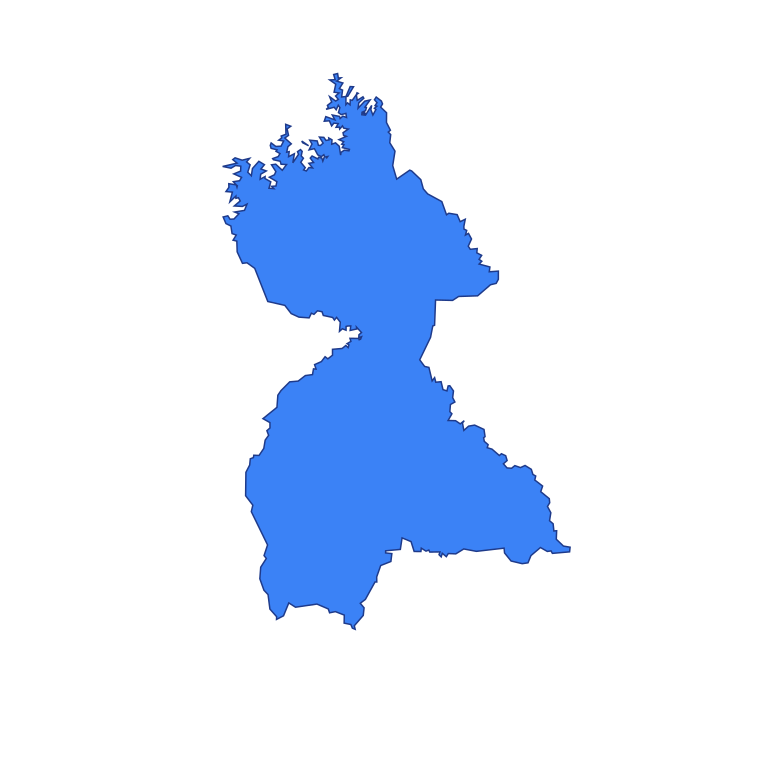 Ponta Porã, Mato Grosso do Sul, Brazil (orthographic projection), rotated 26°
{"feature_id": "56859067B33794589562387", "entity_name": "Ponta Porã", "entity_type": "district", "adm_level": 2, "iso_a3": "BRA", "parent_name": "Brazil", "parent_adm1": "Mato Grosso do Sul", "projection": "orthographic", "projection_center": [-55.695, -22.2], "detail": "fine", "context": "isolated", "style": "filled", "palette": "blue", "viewbox_px": 768, "rotation_deg": 26, "n_neighbors": 0, "source": "geoboundaries", "source_scale": "gbopen_adm2", "svg_char_len": 6177}
<svg xmlns="http://www.w3.org/2000/svg" viewBox="0 0 768 768"><g transform="rotate(26 384 384)"><path d="M341.3,354.1L333.4,357.9L335.6,360.2L333.1,363.9L335.3,364.2L335.8,367.0L332.8,366.1L330.8,370.4L322.5,375.4L325.1,380.7L322.5,386.0L319.1,385.3L317.9,391.3L313.1,397.0L316.4,400.4L314.0,401.3L315.6,406.9L309.6,410.9L305.6,419.0L298.3,423.4L294.3,435.1L293.5,440.6L298.0,451.9L290.4,468.2L298.4,468.7L300.8,473.5L299.2,477.3L302.8,480.7L301.8,486.5L304.2,494.6L303.0,503.0L298.2,505.1L298.9,507.4L296.6,509.8L298.8,515.7L298.6,523.9L308.6,545.1L319.2,550.4L320.7,556.9L349.9,579.7L351.4,590.8L354.7,592.4L353.5,602.7L357.8,613.5L366.5,622.0L372.1,624.1L380.1,636.3L389.5,640.2L390.6,642.7L395.3,636.4L394.4,622.5L402.3,623.4L420.2,611.2L432.5,610.6L435.4,613.5L440.1,609.9L449.6,609.1L453.0,616.4L459.6,614.7L462.6,617.3L465.6,617.1L463.3,614.3L466.8,601.1L464.2,593.9L458.8,591.5L461.7,585.7L462.7,565.9L464.3,565.1L462.0,560.6L460.6,548.6L468.0,540.5L465.4,533.0L459.5,535.1L458.6,533.2L471.2,525.5L467.7,514.4L477.4,513.8L484.5,521.3L490.6,518.4L489.5,515.2L495.0,515.8L497.1,513.6L498.8,515.0L507.9,510.4L508.3,513.3L511.2,514.3L510.6,510.6L515.7,511.9L516.1,508.2L523.0,505.2L528.0,497.3L540.4,493.9L563.9,478.9L566.4,483.0L575.8,487.4L587.0,484.9L591.8,481.6L591.3,473.8L596.3,462.4L604.2,462.9L607.3,460.8L609.6,462.4L624.4,453.5L622.8,449.1L616.3,451.0L606.9,448.0L603.5,440.2L601.1,441.6L597.3,435.5L592.7,434.3L590.4,426.6L584.6,422.4L585.0,418.1L582.8,414.6L572.1,412.1L571.3,406.2L561.6,404.2L560.7,400.2L557.5,400.0L553.8,396.1L546.5,395.4L543.3,399.3L537.4,400.0L535.6,403.8L531.4,405.5L526.3,403.4L528.2,398.8L524.8,395.1L520.1,395.2L519.0,397.7L509.6,395.2L504.7,396.0L504.2,392.9L499.3,391.6L497.1,388.6L497.9,387.0L493.8,381.0L483.5,381.2L478.5,384.8L476.1,390.7L471.6,384.6L472.2,381.8L470.0,386.4L464.4,385.6L457.6,388.7L458.1,381.0L455.3,380.0L452.7,373.3L455.6,369.1L451.7,366.2L449.5,359.8L443.9,356.7L442.5,357.6L443.6,362.6L439.5,363.2L434.3,356.9L429.8,359.7L426.7,356.1L425.9,360.1L417.1,349.4L412.8,350.4L405.5,346.6L405.4,321.7L402.4,310.5L403.7,309.0L393.5,285.9L409.0,278.8L412.7,272.6L429.5,263.7L436.2,248.1L440.7,244.4L440.9,239.8L437.3,232.4L429.4,237.0L427.9,232.4L416.9,234.5L418.1,230.8L414.8,230.3L415.4,225.6L409.9,225.4L408.4,221.4L402.5,225.1L399.3,223.2L399.1,215.3L393.9,211.6L391.9,214.4L391.0,209.7L388.0,209.7L386.7,207.4L384.8,200.3L381.3,204.7L375.5,199.7L367.4,202.1L366.0,204.5L356.0,194.7L339.9,194.0L333.8,191.4L327.5,184.2L315.5,180.4L313.4,180.5L305.6,194.3L296.1,183.9L291.8,169.9L283.4,164.6L280.7,156.9L277.4,155.7L278.5,153.1L271.6,147.9L267.4,139.1L259.6,136.6L259.9,132.9L257.6,130.8L251.2,129.5L250.8,132.7L254.4,134.2L253.9,137.7L255.9,137.4L254.5,140.4L256.4,140.8L256.1,147.1L251.9,143.2L250.8,139.0L249.5,150.5L246.0,151.7L245.1,149.4L247.6,146.4L247.0,143.2L245.5,143.5L247.0,134.8L242.7,138.2L239.8,147.5L238.1,142.4L240.6,136.0L239.2,135.1L235.6,140.8L232.3,136.0L231.1,143.0L229.1,143.4L231.1,148.0L228.0,147.3L227.3,149.7L223.8,142.3L220.1,144.6L217.9,138.0L214.4,138.1L215.1,131.5L208.7,132.5L211.1,127.7L208.8,129.0L206.2,125.3L203.1,127.9L206.7,131.9L201.9,134.5L209.2,135.7L211.2,143.6L216.0,142.1L214.2,146.4L218.2,148.2L216.5,150.9L209.2,149.6L213.4,153.5L211.0,158.4L212.8,159.9L211.6,162.5L217.9,157.1L220.8,158.5L220.7,153.5L223.2,154.9L224.1,160.1L227.5,160.6L231.1,157.5L233.5,160.9L229.6,161.3L228.2,164.6L226.7,163.0L219.6,164.9L224.1,168.1L214.5,169.2L215.1,174.0L219.5,171.4L223.8,175.0L224.6,171.5L228.7,170.0L228.4,174.3L231.3,172.7L232.4,174.3L233.5,170.2L235.6,171.7L240.2,170.5L237.0,176.1L238.7,178.3L241.6,177.9L236.4,184.1L241.6,183.9L240.9,187.0L243.1,186.5L242.9,189.8L250.1,188.3L250.3,189.8L245.8,191.3L243.8,194.7L244.7,197.3L239.5,189.9L234.7,188.5L231.9,191.4L230.2,187.3L226.5,187.1L227.6,188.7L225.1,190.5L221.8,188.7L217.7,190.4L223.7,194.2L222.3,197.5L220.4,198.2L217.4,194.8L210.4,197.4L214.1,199.9L214.0,206.4L218.3,203.0L224.0,207.1L228.0,207.1L229.4,204.3L230.8,205.5L231.3,210.5L229.1,208.2L225.8,208.9L225.9,210.7L219.4,210.6L218.7,213.3L223.6,215.8L219.7,218.6L225.1,221.1L221.7,222.3L220.8,226.6L217.9,226.9L218.4,224.1L212.0,221.2L212.6,216.4L209.6,215.3L208.5,210.8L206.2,209.9L204.4,213.1L206.5,215.0L205.1,225.2L202.5,216.3L198.6,221.5L196.9,216.7L194.9,218.3L193.6,212.8L195.4,208.8L187.0,206.4L189.2,202.4L185.1,197.2L187.2,193.2L181.8,193.7L186.4,202.5L182.9,206.2L184.2,207.6L182.5,211.0L187.3,209.6L187.2,215.4L182.6,217.9L176.9,216.8L177.2,219.4L179.2,221.7L185.2,220.4L184.9,222.2L189.5,222.5L189.2,226.0L185.1,230.2L186.3,230.9L193.1,229.3L195.1,231.6L200.2,229.5L198.9,236.5L190.3,233.9L186.8,236.3L193.7,240.5L193.8,244.0L190.3,248.4L199.0,249.1L200.1,253.4L196.4,255.6L199.4,256.7L194.8,258.5L193.6,251.9L186.9,251.5L186.2,249.7L182.9,254.3L181.2,249.5L184.8,244.1L179.1,244.7L180.4,239.3L173.9,238.7L171.3,248.0L173.5,255.0L168.7,253.4L167.6,245.7L163.1,244.6L164.3,240.1L158.4,245.0L151.0,246.0L149.7,248.6L155.1,249.9L143.6,259.2L151.9,257.1L154.8,252.7L159.8,251.0L161.8,255.5L156.9,261.0L165.4,260.7L165.1,264.6L159.9,268.2L163.9,269.8L156.7,272.0L158.4,275.3L157.6,280.3L163.6,278.0L165.6,287.9L168.5,280.0L169.5,282.0L171.5,280.4L174.5,282.5L171.4,289.6L178.9,286.5L182.0,282.4L182.5,289.1L174.4,294.9L179.0,294.6L176.8,301.5L173.4,303.4L169.9,301.3L166.2,304.4L171.6,309.1L177.1,309.1L181.5,315.4L185.9,314.9L185.3,320.9L189.1,320.1L194.1,329.6L203.9,337.6L207.7,335.1L217.1,336.7L243.4,360.8L260.4,356.8L269.7,361.4L278.2,361.2L287.7,357.4L287.7,352.2L290.5,352.1L292.1,347.4L296.6,346.2L299.4,349.0L308.7,346.7L311.4,348.3L312.2,344.9L317.6,347.6L320.9,356.2L322.4,352.6L326.3,352.3L324.7,348.9L326.1,347.7L328.7,346.4L330.1,350.7L335.4,346.5L334.3,344.9L341.2,347.6L339.9,350.7L341.3,354.1ZM341.3,354.1L342.1,352.3L343.1,351.3L343.3,354.0L342.3,355.1L341.3,354.1ZM233.7,204.2L233.4,205.9L232.1,205.4L233.7,204.2ZM163.9,269.8L165.3,270.1L165.6,271.6L163.9,269.8ZM223.8,142.3L225.3,141.3L226.3,130.2L223.2,131.5L223.8,142.3ZM205.1,202.8L211.8,202.9L203.6,201.7L205.1,202.8ZM248.6,149.3L247.2,148.2L246.7,149.8L248.6,149.3ZM232.3,136.0L233.4,134.1L232.1,134.1L232.3,136.0Z" fill="#3b82f6" stroke="#1e3a8a" stroke-width="1.5"/></g></svg>